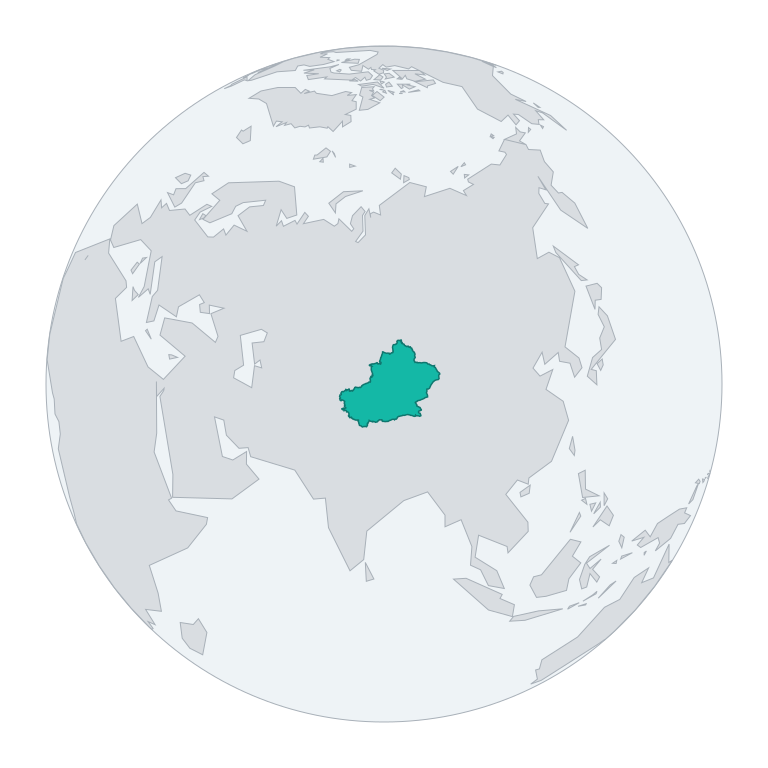 the Earth from above Xinjiang
{"feature_id": "CHN-1756", "entity_name": "Xinjiang", "entity_type": "Autonomous Region", "adm_level": 1, "iso_a3": "CHN", "parent_name": "China", "parent_adm1": "", "projection": "orthographic", "projection_center": [83.367, 41.753], "detail": "fine", "context": "on_globe", "style": "filled", "palette": "teal", "viewbox_px": 768, "rotation_deg": 0, "n_neighbors": 0, "source": "natural_earth", "source_scale": "10m", "svg_char_len": 17318}
<svg xmlns="http://www.w3.org/2000/svg" viewBox="0 0 768 768"><circle cx="384" cy="384" r="338" fill="#eef3f6" stroke="#a8b0b8"/><path d="M496.4,65.3L490.0,63.7L484.7,61.6L481.9,61.3L488.4,64.3L493.3,66.5L492.5,75.6L510.8,94.1L526.1,101.5L515.3,99.3L550.6,115.5L566.6,130.3L542.6,112.9L535.7,110.7L543.7,119.8L538.3,119.7L539.0,124.4L531.8,123.7L518.4,114.5L513.5,114.1L519.5,120.7L516.0,124.8L508.0,115.1L501.2,121.5L477.5,109.1L462.0,86.6L443.0,82.3L411.6,66.7L408.6,68.9L394.8,65.6L386.2,67.1L382.8,64.6L378.9,68.2L383.7,70.3L383.5,72.8L378.9,74.2L373.8,70.9L375.4,69.7L371.5,69.5L370.9,67.4L368.5,69.2L362.9,65.5L361.6,71.3L351.3,70.3L349.4,67.3L358.7,64.8L377.1,54.4L378.1,52.0L370.1,50.4L336.1,52.5L333.4,51.7L323.1,52.5L320.4,53.8L327.5,53.8L320.0,57.2L329.6,57.6L327.9,59.3L334.1,61.6L323.4,64.5L309.7,66.4L304.0,64.9L297.7,66.0L295.3,70.5L277.0,71.8L251.7,80.2L248.1,80.7L255.1,74.7L275.1,65.9L284.4,61.2L268.5,67.9L259.6,70.2L254.0,72.4L248.7,74.9L248.2,75.6L243.1,77.6L256.1,71.2L258.4,70.3L261.7,69.0L257.3,70.9L266.6,67.2L269.2,66.2L293.8,58.3L318.8,52.4L344.2,48.4L369.9,46.4L395.6,46.3L421.3,48.1L446.8,52.0L471.9,57.7L496.4,65.3ZM496.4,67.7L489.1,64.5L485.2,62.2L491.9,64.7L496.4,67.7ZM502.9,73.9L497.9,71.9L501.5,71.2L503.2,72.5L502.9,73.9ZM538.2,107.4L533.3,102.9L539.9,107.4L538.2,107.4ZM540.4,125.1L543.5,126.6L542.6,128.5L540.4,125.1ZM339.6,60.0L336.9,60.8L337.1,59.9L339.6,60.0ZM344.8,60.5L347.0,58.9L349.8,58.9L348.4,59.9L344.8,60.5ZM530.7,129.4L528.3,132.3L528.5,127.6L530.7,129.4ZM341.4,62.5L354.5,59.2L359.4,59.4L358.1,63.3L341.4,62.5ZM525.3,132.9L519.5,140.9L526.0,144.6L504.5,139.4L516.5,133.9L515.7,127.4L520.2,131.9L525.3,132.9ZM387.2,70.5L381.9,68.2L390.6,69.0L387.2,70.5ZM392.8,70.4L419.5,70.5L424.9,75.0L414.9,73.8L425.4,79.2L414.9,81.3L406.8,78.8L405.3,75.3L402.4,78.9L392.8,70.4ZM493.6,135.6L490.2,136.5L491.2,133.9L493.6,135.6ZM384.2,73.9L389.1,73.3L394.2,77.1L385.2,79.0L386.5,77.1L384.2,73.9ZM433.3,79.9L435.5,83.4L427.6,85.9L427.3,87.7L415.1,81.8L433.3,79.9ZM383.0,77.0L380.6,80.0L374.0,79.6L379.7,74.8L383.0,77.0ZM399.2,77.3L401.2,79.3L397.2,78.8L399.2,77.3ZM349.3,80.9L355.0,79.5L358.2,81.2L349.3,80.9ZM380.1,81.2L382.4,81.4L384.3,82.1L381.4,84.0L380.1,81.2ZM410.4,84.2L406.6,84.7L415.0,86.7L409.4,89.1L402.3,84.8L403.0,87.7L401.3,88.5L397.4,84.2L410.4,84.2ZM384.1,88.2L373.1,84.4L361.7,86.2L358.6,84.5L377.5,82.0L384.1,88.2ZM392.3,86.2L386.5,87.0L385.6,84.3L388.9,82.1L392.3,86.2ZM408.2,92.4L418.6,89.8L419.8,90.8L408.2,92.4ZM381.0,89.2L383.8,90.1L380.3,89.6L381.0,89.2ZM400.1,91.9L403.6,90.7L404.9,91.9L400.1,91.9ZM386.3,93.2L382.7,91.9L384.8,90.2L386.3,93.2ZM392.7,93.0L393.7,95.0L387.8,90.4L394.1,92.2L392.7,93.0ZM400.7,93.2L402.6,93.6L399.1,93.5L400.7,93.2ZM380.2,100.7L372.3,95.4L377.0,91.5L384.1,97.1L380.2,100.7ZM85.8,542.9L76.6,523.9L74.0,512.8L69.7,497.2L58.3,448.8L60.3,434.0L58.9,421.6L55.0,414.0L54.2,399.0L52.5,392.8L47.1,359.6L49.8,334.1L63.2,278.4L67.2,270.3L75.5,252.5L109.8,238.9L108.6,253.1L126.0,280.8L126.6,287.4L115.4,298.4L121.1,341.3L133.7,336.5L148.0,366.9L163.4,379.4L185.1,356.2L160.0,335.1L164.7,317.9L192.1,323.0L215.4,342.4L218.0,336.4L210.9,313.7L224.0,308.2L209.3,305.1L209.5,313.6L200.3,312.3L199.6,304.5L204.3,302.6L199.4,294.8L178.5,306.8L176.4,316.8L159.0,305.0L153.9,320.9L146.4,322.5L152.3,296.5L157.6,290.3L162.1,256.6L154.8,261.8L150.2,294.4L148.2,288.8L138.4,297.4L144.2,286.5L151.2,250.8L140.7,239.6L113.8,247.5L110.5,240.0L113.9,225.6L137.3,204.1L142.0,223.6L150.4,217.4L161.0,199.9L161.6,207.8L166.5,203.4L169.5,210.5L185.0,209.0L189.8,215.3L206.9,204.3L211.7,206.4L200.1,212.1L194.7,220.0L207.8,236.9L213.5,237.1L223.6,228.9L225.9,235.1L234.1,225.1L247.0,231.3L238.0,215.7L249.6,206.9L263.4,205.5L265.7,200.2L243.2,202.6L235.7,206.3L231.8,213.7L209.9,222.8L203.0,219.4L219.8,200.3L211.9,193.8L228.5,182.8L279.0,181.2L294.5,186.8L296.8,215.0L286.8,218.4L281.1,209.7L276.2,226.2L281.5,220.7L283.4,226.3L295.0,220.4L297.0,224.1L304.8,212.4L308.4,216.3L303.4,223.7L323.7,219.4L334.3,226.2L337.9,223.6L338.9,218.8L351.7,231.3L353.8,228.8L350.4,223.7L352.5,215.7L361.1,206.7L365.1,211.5L362.5,215.4L363.0,231.2L355.6,241.5L358.1,242.6L365.5,234.9L364.8,215.5L368.9,208.8L370.7,217.6L370.3,213.8L373.6,212.1L380.6,215.0L379.3,205.4L409.8,182.5L426.3,186.8L424.4,196.6L449.9,188.3L466.5,195.6L463.4,190.6L473.5,184.4L468.4,181.9L467.7,179.2L491.3,164.1L499.9,165.0L506.5,154.5L504.9,152.2L498.9,150.9L504.5,139.4L526.0,144.6L528.5,149.5L540.2,150.1L544.4,161.6L553.3,171.9L551.1,185.2L558.4,193.0L562.1,192.4L574.8,203.1L587.8,228.4L560.7,210.1L537.9,176.3L545.8,189.8L539.0,187.7L538.8,193.4L544.8,203.4L548.5,203.9L532.7,227.7L537.3,258.6L548.9,252.2L559.5,257.7L574.9,291.2L565.0,346.9L579.0,358.0L582.0,367.7L574.6,377.2L570.0,363.2L559.6,361.3L558.2,352.5L544.8,364.3L542.1,352.2L533.0,368.1L540.0,376.1L552.8,369.5L546.0,389.4L563.2,401.3L568.6,420.3L551.5,461.3L528.9,478.0L528.2,484.2L517.4,480.0L505.8,494.4L527.9,522.2L528.2,531.4L508.0,552.9L507.1,546.5L478.6,535.2L475.1,557.2L496.8,570.7L504.3,588.5L488.4,585.6L480.6,569.8L470.5,565.2L471.9,546.6L461.1,519.7L445.0,526.8L445.0,515.1L427.6,491.9L403.8,500.6L366.8,531.1L363.7,559.6L350.0,570.8L328.5,527.7L325.4,498.1L313.5,499.1L294.8,470.1L250.7,456.7L248.1,447.6L239.0,448.3L226.4,435.2L223.8,420.1L214.5,416.9L222.4,456.5L232.8,460.0L246.6,451.5L246.4,464.1L259.0,479.1L232.0,498.9L172.6,497.3L172.9,474.5L159.9,396.4L163.7,390.6L163.9,389.8L164.1,388.2L156.6,396.6L156.4,381.5L156.7,433.2L154.1,452.0L171.6,498.2L168.5,499.9L176.0,510.9L207.6,517.6L206.4,524.3L187.7,547.9L149.3,565.4L158.1,593.1L161.4,611.3L145.6,609.4L155.1,624.7L148.1,621.6L153.1,628.5L152.1,629.4L149.6,627.4L131.2,608.2L114.4,587.7L99.2,565.8L85.8,542.9ZM88.2,255.4L84.9,259.9L88.2,255.4ZM233.6,377.8L251.7,387.7L254.5,365.7L261.7,367.9L260.0,360.0L254.6,364.1L252.1,343.0L263.9,341.7L267.3,332.9L261.4,329.3L240.3,335.4L243.6,365.2L234.8,370.5L233.6,377.8ZM258.8,70.5L257.5,71.1L251.7,73.7L253.5,72.7L258.8,70.5ZM231.8,85.9L224.2,88.7L230.8,85.6L231.8,84.3L247.0,76.8L247.1,80.6L244.3,79.9L231.8,85.9ZM267.3,68.8L257.7,72.5L268.2,68.4L267.3,68.8ZM190.8,175.1L188.1,180.8L181.4,183.7L175.5,177.7L185.1,173.3L190.8,175.1ZM185.7,188.6L204.0,172.4L208.5,176.2L202.9,176.6L204.0,180.7L195.3,182.8L181.6,203.1L174.8,207.1L167.5,192.6L173.6,194.8L176.0,188.7L185.7,188.6ZM243.1,131.2L251.1,126.2L250.3,140.6L242.9,143.8L236.5,137.5L241.5,130.0L243.1,131.2ZM336.7,70.8L339.8,69.3L341.2,70.0L339.7,71.9L336.7,70.8ZM351.7,80.1L324.6,78.9L326.8,76.9L308.3,79.6L306.8,75.5L318.8,73.7L303.9,73.1L314.2,69.9L303.4,70.3L330.3,66.8L339.0,64.5L329.9,68.4L331.0,72.1L334.0,73.0L349.2,74.1L368.3,71.8L372.5,75.7L370.3,79.1L366.3,80.3L364.9,77.2L360.6,81.0L355.5,77.5L351.7,80.1ZM342.5,126.9L342.5,121.2L333.1,131.5L327.9,126.7L327.2,128.2L319.8,126.8L309.5,128.0L308.5,125.2L305.0,126.9L300.0,126.3L294.8,127.9L291.1,123.7L284.5,125.4L286.5,122.5L276.0,126.7L282.2,121.8L276.4,121.1L273.4,126.2L266.5,103.5L258.8,99.0L249.0,98.3L261.0,91.0L277.9,87.5L295.2,87.5L300.9,93.3L305.3,89.4L309.3,91.2L304.2,93.6L314.5,91.1L316.4,93.3L331.9,95.6L345.6,91.5L351.6,92.6L347.2,95.4L356.3,94.6L352.0,100.7L356.2,101.7L356.2,109.2L345.3,114.5L350.8,115.4L351.1,121.6L342.5,126.9ZM379.8,102.8L367.9,109.4L359.3,110.3L362.9,97.0L359.6,95.2L361.7,87.5L374.2,86.7L372.4,88.8L373.7,90.8L369.3,90.3L373.7,92.2L371.5,95.5L374.4,98.0L369.7,99.3L379.8,102.8ZM133.0,286.6L134.5,290.4L138.2,294.6L132.1,300.5L133.0,286.6ZM137.2,262.2L139.4,264.1L132.6,273.7L131.0,270.1L137.2,262.2ZM146.5,257.5L140.1,263.5L142.6,258.1L146.5,257.5ZM202.8,213.7L205.9,215.6L203.9,218.0L199.5,219.6L202.8,213.7ZM313.4,159.2L314.8,155.1L317.1,155.0L326.0,147.9L330.5,151.3L326.9,156.9L313.4,159.2ZM177.5,357.4L169.6,359.1L168.8,354.6L171.7,354.9L177.5,357.4ZM147.2,329.2L151.3,339.2L145.5,330.7L147.2,329.2ZM319.8,161.7L323.0,158.3L323.3,162.2L319.8,161.7ZM334.3,153.5L335.6,157.4L332.1,150.9L334.3,153.5ZM206.9,632.5L202.7,654.8L189.9,648.3L182.2,638.2L180.2,622.5L193.3,624.5L198.4,618.7L206.9,632.5ZM578.0,606.3L586.2,603.7L585.7,604.9L578.0,606.3ZM569.5,606.2L579.2,602.7L567.6,609.2L569.5,606.2ZM582.9,601.2L592.7,594.9L597.0,591.3L596.0,593.8L582.9,601.2ZM562.8,608.8L525.0,620.3L509.7,621.2L513.6,616.4L538.5,610.9L562.8,608.8ZM512.4,616.6L488.5,610.0L453.5,579.1L466.1,578.3L502.2,594.4L500.0,598.5L514.4,604.7L512.4,616.6ZM568.9,578.8L566.5,590.4L546.0,596.3L536.5,597.4L529.9,585.1L533.6,576.8L541.5,574.8L570.4,539.3L580.9,541.9L572.4,556.2L580.8,562.9L568.9,578.8ZM365.3,562.4L373.9,579.0L366.3,581.3L365.3,562.4ZM580.8,516.1L570.0,532.3L579.4,512.5L580.8,516.1ZM585.5,498.4L586.9,504.3L581.6,500.2L585.5,498.4ZM529.2,493.3L520.9,496.9L520.0,492.4L530.2,485.1L529.2,493.3ZM572.6,436.3L575.0,450.3L574.3,455.5L569.3,448.6L572.6,436.3ZM362.9,190.8L345.5,196.5L336.0,203.9L335.4,212.9L328.8,203.2L343.5,191.7L362.9,190.8ZM403.6,182.7L404.0,175.6L408.8,177.6L409.3,179.5L403.6,182.7ZM400.4,179.2L391.7,172.9L395.2,168.2L401.3,174.1L400.4,179.2ZM355.2,166.1L349.7,167.4L349.6,164.1L355.2,166.1ZM613.9,631.7L614.8,630.8L612.6,632.8L604.4,640.1L604.9,639.4L598.0,644.2L541.3,680.3L530.7,684.1L537.4,679.1L535.6,670.0L539.4,668.9L541.9,659.8L577.6,637.0L604.5,607.3L619.8,599.4L634.2,577.5L648.6,567.9L641.7,582.7L653.5,577.9L669.1,544.1L668.8,562.5L672.3,560.2L671.6,561.4L654.5,586.5L635.2,610.0L613.9,631.7ZM709.1,476.0L709.9,473.0L709.8,473.4L709.1,476.0ZM598.2,598.2L610.2,584.9L616.1,581.0L598.2,598.2ZM709.0,475.3L707.6,478.9L708.1,477.0L709.0,475.3ZM709.8,471.5L710.1,469.8L709.9,472.3L709.8,471.5ZM707.7,473.9L709.0,473.2L707.4,474.9L707.7,473.9ZM706.4,477.1L705.1,478.6L705.3,477.7L706.4,477.1ZM684.6,512.9L690.5,515.6L684.4,523.5L678.0,524.3L670.6,538.4L655.3,550.9L659.6,543.2L658.1,537.6L640.7,547.5L637.3,545.0L643.9,537.3L631.7,541.1L645.2,530.2L650.2,536.8L657.5,523.5L669.1,515.8L679.5,509.1L686.7,507.8L684.6,512.9ZM644.2,552.5L646.4,551.0L644.1,555.3L644.2,552.5ZM702.5,479.0L704.5,479.4L704.0,481.1L702.9,482.5L702.5,479.0ZM688.6,504.0L696.9,485.8L698.5,483.5L692.9,499.6L688.6,504.0ZM695.4,482.8L698.7,479.2L700.1,481.3L699.3,483.6L695.4,482.8ZM616.8,560.4L616.1,563.5L612.5,563.3L616.8,560.4ZM621.7,556.1L632.4,552.7L620.6,559.1L621.7,556.1ZM586.5,563.1L590.0,568.5L601.1,559.1L592.6,569.3L599.6,576.9L596.8,582.1L590.0,573.6L586.7,587.0L581.7,588.9L579.5,579.5L584.8,564.3L589.7,556.7L609.5,545.3L586.5,563.1ZM621.8,547.8L618.8,541.3L621.0,534.6L624.2,537.2L621.8,547.8ZM609.2,525.8L600.3,519.8L592.9,527.0L607.0,506.0L613.4,515.3L609.2,525.8ZM600.4,507.1L593.7,513.8L600.2,502.2L600.4,507.1ZM591.5,511.2L589.9,504.3L595.7,502.9L591.5,511.2ZM604.1,505.7L604.1,492.9L607.7,498.8L604.1,505.7ZM585.5,489.1L599.1,495.8L582.6,497.5L578.4,473.6L585.2,470.2L585.5,489.1ZM600.7,370.4L597.1,363.7L602.2,359.0L603.2,364.9L600.7,370.4ZM615.5,339.4L602.3,355.6L591.2,369.4L596.3,370.7L596.9,384.8L587.3,376.2L592.6,357.5L601.6,349.5L599.7,338.0L604.3,326.8L598.1,314.4L599.0,306.8L607.4,315.8L615.5,339.4ZM595.0,309.4L586.0,286.1L597.1,283.3L601.6,287.7L601.1,299.4L595.2,300.2L595.0,309.4ZM587.1,279.9L581.3,280.6L555.8,252.5L553.3,246.1L578.5,264.8L574.4,266.6L578.7,274.4L587.1,279.9ZM493.0,138.7L490.4,136.7L494.2,137.3L493.0,138.7ZM464.6,178.0L464.3,174.4L468.7,174.9L464.6,178.0ZM465.6,164.8L460.9,166.7L464.3,162.7L465.6,164.8ZM450.5,171.4L458.2,166.4L453.2,174.2L450.5,171.4Z" fill="#d9dde1" stroke="#a8b0b8" stroke-width="1"/><path d="M357.7,420.4L357.3,420.0L356.6,420.1L355.3,420.0L354.8,419.6L354.2,419.6L353.8,419.2L353.0,419.1L352.8,418.8L352.4,418.7L352.0,418.3L351.5,418.0L351.5,417.8L351.6,417.4L351.4,417.2L350.8,417.5L349.6,417.6L349.5,417.4L349.4,416.5L348.7,416.3L348.5,416.0L348.5,415.7L348.9,415.5L348.9,415.2L349.1,415.0L348.9,414.6L349.0,413.7L348.5,412.5L347.6,411.8L347.3,411.7L347.0,411.8L346.9,411.9L346.6,411.9L346.4,410.9L346.2,410.6L345.6,410.5L345.2,410.2L344.4,410.2L344.1,410.6L344.0,410.3L343.8,409.9L343.4,409.9L343.2,409.6L342.6,409.7L342.3,409.4L341.9,409.1L341.9,408.8L342.3,408.8L342.5,408.5L343.1,408.6L343.6,408.2L343.9,408.7L344.3,408.7L344.6,408.4L345.2,408.3L345.4,407.9L345.7,407.8L344.5,406.5L344.5,406.2L345.0,405.6L344.6,405.2L344.8,404.9L344.7,404.8L344.7,404.0L344.3,403.7L344.4,402.4L344.7,401.9L344.7,401.4L344.4,401.1L344.1,401.0L343.9,400.8L342.5,400.0L342.1,400.1L341.6,399.9L341.4,400.2L341.2,400.3L341.3,400.6L341.2,400.7L340.7,400.6L340.1,400.1L339.9,399.4L339.9,398.9L339.7,398.5L339.9,398.2L340.4,398.2L340.5,398.0L340.4,397.8L340.0,397.4L339.9,396.9L339.6,396.5L339.9,395.7L339.9,395.1L340.8,395.0L341.0,394.6L341.3,394.4L341.2,393.7L340.9,393.4L340.9,393.2L341.6,392.2L341.7,391.9L341.9,391.7L342.7,391.5L343.3,391.7L343.6,391.6L345.2,390.4L345.9,390.5L345.6,389.9L345.9,389.4L346.6,389.9L347.2,389.8L347.4,390.0L349.0,389.0L349.3,389.2L349.3,389.9L349.5,390.1L349.4,390.5L349.5,391.1L349.9,391.0L350.5,391.1L350.8,390.8L351.2,390.6L351.7,390.8L352.1,390.4L352.2,390.5L352.3,390.9L352.4,391.0L353.1,390.5L353.6,389.8L353.9,389.5L354.1,388.7L354.6,388.2L354.7,387.6L355.1,387.3L355.8,387.1L356.2,387.4L357.2,387.4L357.9,387.7L358.6,387.6L359.4,387.3L360.5,387.5L361.0,387.1L361.4,386.4L361.8,386.2L361.8,385.8L361.9,385.6L362.6,385.2L363.0,385.0L363.2,384.7L365.7,383.7L366.1,383.4L366.5,383.5L367.5,383.0L368.1,382.9L368.6,382.2L370.3,382.1L370.4,381.8L370.2,381.2L370.5,380.9L370.2,379.7L370.3,379.4L370.1,379.0L370.0,378.5L370.5,377.5L370.9,377.5L371.8,377.2L371.8,376.9L371.1,376.6L371.0,376.4L372.2,375.7L372.7,375.9L372.8,375.8L372.9,375.6L372.8,374.9L372.3,374.5L372.6,373.8L371.7,371.1L371.5,370.7L371.4,370.2L371.2,369.8L371.4,369.2L371.2,367.9L371.5,367.0L371.4,366.7L372.0,366.4L370.9,365.7L369.9,365.8L369.4,365.4L369.4,365.1L370.4,364.4L371.6,364.4L371.8,364.0L372.2,364.1L372.9,363.8L373.5,364.0L376.4,363.1L376.9,362.7L377.3,362.8L377.4,363.0L377.5,363.6L378.1,364.0L379.3,363.5L379.7,363.6L380.3,364.2L380.6,364.1L380.9,363.4L381.0,362.4L380.5,362.1L379.8,362.0L379.6,361.7L379.9,360.5L380.4,359.5L380.7,357.8L381.2,357.0L381.9,354.7L382.5,353.4L382.6,351.9L383.1,351.9L384.6,352.7L386.2,353.2L386.8,353.3L387.6,353.1L388.6,353.2L389.2,353.2L389.6,353.5L389.4,354.0L389.5,354.1L390.2,353.9L391.5,352.8L392.6,352.7L392.8,351.9L393.2,351.8L393.2,351.4L393.2,350.7L392.8,350.1L392.9,349.3L392.5,347.6L392.7,346.3L393.2,345.0L393.5,344.7L394.3,344.6L395.1,344.6L395.5,344.2L396.0,344.2L396.5,343.9L396.6,343.5L397.2,342.8L397.1,342.4L397.3,342.0L397.0,341.6L396.9,341.4L397.5,340.5L397.9,340.5L398.5,340.3L399.6,340.6L399.9,340.5L400.0,340.3L401.1,340.0L401.2,340.3L401.2,340.8L401.4,340.9L401.4,341.1L401.0,341.4L400.9,341.7L401.2,341.9L401.3,342.2L401.9,342.3L402.2,342.6L402.2,342.8L401.8,343.2L402.0,343.5L403.3,343.9L403.7,344.3L404.1,344.3L404.3,344.6L404.4,345.0L404.5,345.4L405.0,345.6L405.4,345.9L405.8,345.9L406.4,346.5L407.1,346.6L407.6,346.2L408.3,346.2L408.5,346.6L408.8,346.9L409.1,347.0L409.2,347.3L409.8,347.3L409.9,347.2L410.0,346.9L410.4,346.9L410.6,347.6L410.9,347.9L411.6,348.1L411.6,348.3L411.9,348.8L412.1,349.0L412.2,349.6L412.4,349.7L412.3,350.1L413.5,351.8L414.2,352.1L414.4,352.6L414.4,352.9L414.8,353.3L414.8,354.1L415.0,354.3L414.6,355.9L414.9,356.6L415.1,356.9L415.2,357.5L414.1,359.1L414.0,360.7L414.5,361.1L414.7,361.8L415.0,362.0L415.1,362.4L415.9,362.2L416.2,362.2L416.7,362.6L417.2,362.6L417.5,362.4L417.9,362.8L420.0,362.6L420.8,362.9L421.8,362.9L423.3,362.5L423.8,362.6L424.7,362.5L426.2,362.7L427.0,363.0L428.0,364.1L428.6,364.1L429.1,364.0L429.9,364.8L430.2,364.8L431.0,365.1L431.5,365.6L433.0,365.9L434.4,365.6L434.2,366.3L434.3,367.1L435.3,367.4L436.2,369.2L437.0,370.4L437.3,371.3L439.5,373.1L439.8,374.0L438.8,375.0L438.7,375.3L438.9,377.7L439.1,378.4L438.5,379.4L438.1,379.6L436.9,379.7L435.1,380.3L433.2,381.8L431.0,384.9L429.5,388.2L428.3,389.0L427.2,389.0L426.8,389.2L426.9,391.4L426.4,392.8L427.5,395.2L427.6,396.9L425.0,397.7L424.0,398.5L421.8,399.4L421.1,399.6L420.3,400.1L419.1,400.4L417.5,400.7L417.4,401.1L416.3,401.9L415.5,402.1L415.3,402.3L415.3,402.5L415.5,402.9L416.8,404.8L416.9,405.3L416.7,405.8L416.8,406.0L418.8,406.9L419.3,407.3L420.0,407.5L420.2,407.8L420.5,408.6L421.3,409.6L421.3,410.0L421.2,410.2L420.7,410.3L419.9,410.8L419.1,410.9L418.6,411.6L418.5,411.8L418.6,412.5L418.9,412.9L419.3,413.1L420.1,413.3L420.9,415.4L420.8,415.8L419.6,416.3L418.5,415.8L416.3,415.8L415.6,415.1L415.3,416.2L414.9,416.3L414.0,416.3L411.8,415.4L410.7,415.4L409.9,414.9L409.3,414.9L407.8,414.5L406.0,414.8L405.4,415.1L404.0,415.4L402.9,415.2L402.1,415.7L400.3,416.0L399.7,416.3L398.8,416.3L398.5,416.6L397.6,417.0L397.4,417.5L397.2,417.8L397.0,418.4L396.4,419.1L395.3,419.1L394.6,419.8L394.3,419.4L393.9,419.2L393.1,419.4L392.5,419.3L391.5,419.6L390.8,420.2L389.7,420.4L387.9,421.5L387.1,421.3L386.4,421.5L385.2,421.6L383.3,421.3L382.8,421.4L382.1,420.9L382.1,420.2L382.0,419.9L381.4,419.7L380.9,419.9L379.4,419.7L379.0,420.0L378.8,420.5L377.7,421.1L377.6,421.6L377.4,421.8L375.5,422.3L374.6,421.7L373.6,421.7L373.0,421.3L372.8,421.5L372.8,421.8L372.5,421.9L372.0,421.5L371.5,421.5L371.0,421.3L370.2,421.1L369.2,420.4L369.1,421.0L368.6,422.0L367.8,422.9L368.0,423.2L367.9,423.5L367.4,423.7L367.2,423.9L367.3,424.5L367.5,424.9L367.5,425.2L366.6,426.7L366.3,426.8L365.7,426.5L365.1,426.4L364.4,426.6L363.8,426.5L362.5,427.0L361.8,426.6L361.2,425.9L359.8,425.5L359.4,425.2L359.1,423.9L358.8,423.3L358.8,422.6L358.2,421.4L358.5,420.3L358.5,420.1L358.2,420.0L357.7,420.4Z" fill="#14b8a6" stroke="#0f766e" stroke-width="1.5"/></svg>